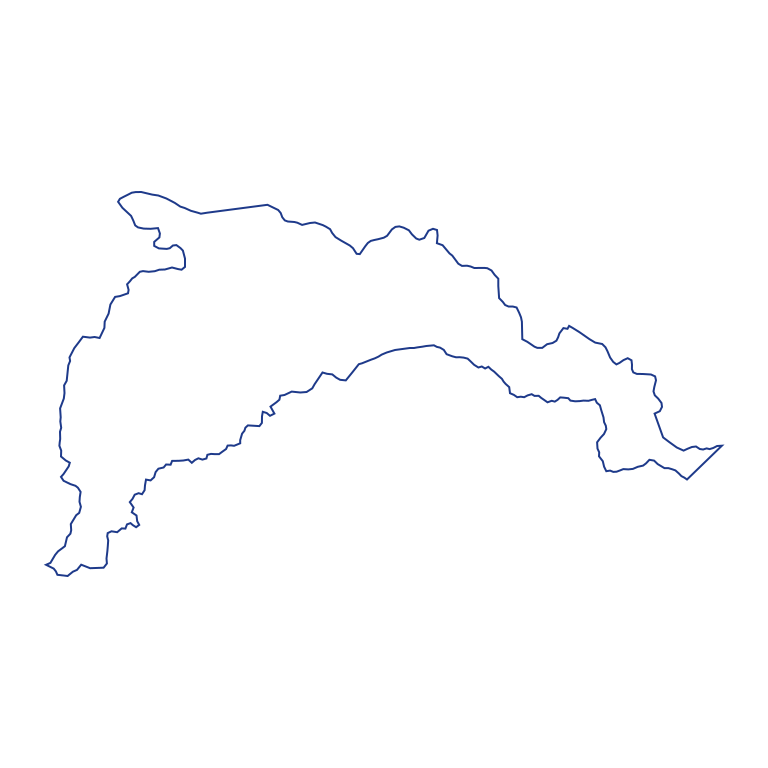 the district of São Pedro dos Crentes, Maranhão, Brazil
{"feature_id": "56859067B67019144330304", "entity_name": "São Pedro dos Crentes", "entity_type": "district", "adm_level": 2, "iso_a3": "BRA", "parent_name": "Brazil", "parent_adm1": "Maranhão", "projection": "orthographic", "projection_center": [-46.661, -6.85], "detail": "fine", "context": "isolated", "style": "outline", "palette": "blue", "viewbox_px": 768, "rotation_deg": 0, "n_neighbors": 0, "source": "geoboundaries", "source_scale": "gbopen_adm2", "svg_char_len": 5124}
<svg xmlns="http://www.w3.org/2000/svg" viewBox="0 0 768 768"><path d="M106.9,563.5L106.5,558.5L107.0,554.3L107.4,550.9L107.8,546.1L108.2,540.5L107.2,536.3L107.7,533.1L111.5,531.3L117.2,532.2L121.7,528.4L125.4,528.6L127.0,524.4L130.5,523.1L132.8,525.1L136.1,527.2L139.2,524.9L137.2,521.2L136.5,515.5L131.8,512.3L133.6,507.5L129.8,502.1L132.5,498.9L134.7,494.7L138.6,493.2L142.0,494.2L144.6,490.2L145.0,485.3L146.0,479.6L150.6,480.4L154.1,477.2L155.6,472.1L158.4,468.7L163.6,467.5L166.1,464.5L170.6,464.7L172.1,460.9L178.7,460.8L183.3,460.5L188.3,459.6L191.8,462.8L195.0,460.0L198.4,458.3L202.4,459.6L206.4,458.5L207.4,454.8L211.0,453.9L214.3,454.1L219.1,454.1L221.9,452.0L226.1,449.0L227.6,445.6L231.0,445.4L234.1,445.8L240.2,443.3L240.2,440.1L242.1,433.6L244.4,430.8L245.4,427.7L247.9,425.4L259.4,426.1L261.9,422.9L262.0,416.3L262.8,411.8L266.7,413.0L270.0,415.8L274.4,413.6L270.5,406.6L276.5,402.2L279.4,399.7L280.2,395.7L284.5,395.0L291.7,391.6L300.3,392.5L306.6,392.0L312.3,388.3L314.6,384.2L322.5,372.5L327.0,373.8L332.3,374.4L336.2,377.6L340.1,379.8L345.8,380.4L352.3,372.4L358.8,364.2L362.0,363.3L371.0,359.7L374.7,358.4L378.5,356.6L381.7,354.6L386.7,352.5L395.0,350.0L409.8,348.0L414.0,348.0L417.3,347.4L422.3,346.7L426.3,346.0L433.9,345.3L436.9,346.9L440.0,347.6L443.8,349.9L446.6,354.2L452.3,356.3L456.1,357.3L459.6,357.2L463.6,357.6L467.6,358.6L469.9,360.7L474.1,364.8L478.4,367.5L481.8,366.5L485.1,368.5L488.4,366.8L491.2,369.5L494.1,371.6L498.9,376.2L501.9,378.8L503.6,381.6L505.6,383.9L509.2,387.1L510.0,393.2L513.9,394.9L517.2,397.2L520.8,396.7L524.2,397.2L527.6,395.4L531.7,394.2L534.5,395.9L538.7,395.8L541.2,397.9L544.1,399.9L547.5,402.3L551.7,400.8L554.8,401.6L557.5,399.9L560.2,397.4L564.0,397.7L568.3,398.2L570.4,400.6L575.2,401.3L579.6,401.1L583.5,400.6L588.5,400.8L592.1,399.8L595.1,399.1L596.8,402.7L599.9,405.3L601.2,410.0L603.5,417.4L604.1,422.2L605.8,425.7L606.3,429.1L604.0,434.0L600.5,437.8L597.1,442.3L597.5,448.6L599.2,452.3L599.0,456.3L602.8,461.2L604.1,466.7L606.3,471.2L610.1,470.6L613.3,471.9L616.6,471.7L620.1,470.4L623.3,469.1L628.3,469.4L632.9,468.9L637.8,466.8L643.1,465.6L646.0,463.4L649.4,459.8L654.1,460.6L657.7,464.1L664.4,468.1L668.3,468.1L672.3,469.3L675.4,470.4L678.9,473.5L681.4,476.1L684.3,477.6L687.0,479.5L721.9,445.7L717.1,446.0L713.2,448.0L709.6,449.1L706.6,448.4L703.1,449.5L699.8,449.0L696.0,446.5L691.9,447.0L687.7,448.7L683.6,450.6L676.8,447.5L669.3,442.1L663.1,437.4L654.6,413.6L659.8,411.2L662.0,406.9L661.5,403.0L658.2,398.6L654.8,395.3L653.5,391.4L654.3,387.0L656.0,380.3L655.1,376.4L651.0,374.5L642.8,374.0L636.8,373.9L633.3,372.4L631.9,369.1L632.0,364.7L631.5,360.3L627.7,358.2L623.5,360.1L619.5,362.9L616.4,364.4L613.2,361.9L610.1,357.5L607.5,351.3L605.5,347.3L602.2,344.0L595.2,342.6L589.4,339.1L579.5,332.2L572.6,327.9L569.1,325.9L567.5,328.8L563.4,328.1L559.4,333.4L558.1,337.3L556.4,340.7L552.6,343.0L547.1,344.2L542.2,347.9L537.4,347.9L534.5,346.7L530.7,344.1L527.3,341.8L522.3,339.2L521.9,321.7L521.0,317.3L519.2,312.9L516.6,307.5L512.7,306.5L508.5,306.5L505.1,305.0L502.8,301.9L499.1,298.1L498.3,286.1L498.3,278.7L494.6,274.8L491.5,270.5L487.3,268.2L484.1,267.9L474.3,268.0L470.6,266.5L467.0,265.7L462.0,265.9L458.3,263.7L452.3,255.6L449.5,253.4L442.6,245.2L436.9,243.2L437.6,235.5L437.0,230.0L433.0,228.8L428.5,230.7L424.3,238.0L419.3,239.7L416.2,238.5L411.9,234.3L408.9,230.3L403.7,227.7L399.3,226.4L395.4,226.9L391.9,229.4L387.1,235.8L383.8,237.7L378.1,239.2L374.3,240.0L370.8,240.9L367.8,243.0L365.3,246.2L359.8,254.1L356.6,253.8L353.0,248.2L349.8,245.5L341.3,240.7L335.5,237.1L332.1,232.9L330.1,229.2L325.8,226.6L322.8,225.1L315.0,222.5L310.0,223.0L302.1,224.9L297.3,222.7L294.4,222.0L287.8,221.5L284.8,220.4L282.3,217.3L280.7,213.0L278.2,210.0L267.5,204.8L207.2,212.7L200.9,213.7L197.7,212.7L190.9,210.8L184.7,208.0L180.3,206.6L174.8,202.9L166.4,198.5L158.3,195.5L152.2,194.6L141.2,192.0L135.5,192.1L131.8,192.7L128.5,194.4L123.7,196.8L119.9,198.8L118.1,201.8L122.4,207.8L131.1,215.9L133.3,220.6L135.2,225.4L138.0,227.4L143.7,228.6L150.7,228.8L158.0,228.1L159.9,233.5L159.4,237.4L154.2,241.9L154.2,245.9L158.9,248.4L166.8,248.9L169.8,248.2L172.9,245.5L176.4,245.1L180.5,248.1L182.9,250.6L185.0,258.6L185.0,266.9L181.6,269.7L178.2,269.1L172.0,267.5L164.9,269.5L159.3,269.7L154.8,271.2L148.7,271.8L143.0,271.1L139.8,271.8L134.8,276.9L132.2,278.4L129.9,281.3L127.1,284.3L128.6,289.9L128.0,293.3L119.9,296.1L115.1,296.9L110.4,304.5L108.6,313.6L104.7,321.6L104.4,327.9L99.6,338.0L94.6,337.0L90.0,337.6L82.9,336.7L78.9,342.1L74.3,348.1L69.5,357.4L70.1,361.0L68.3,365.4L66.7,380.8L64.1,385.4L64.5,393.1L63.8,398.6L60.1,408.4L60.7,417.3L60.3,421.4L61.2,427.8L60.0,431.7L60.2,439.0L59.7,442.4L59.4,445.8L61.2,450.6L61.0,456.5L65.8,460.5L69.8,462.7L68.7,466.4L63.5,474.1L61.0,476.9L63.6,480.8L70.4,484.1L75.5,485.8L77.9,487.7L80.6,491.9L79.8,497.1L79.5,501.8L80.9,506.8L79.2,512.9L76.2,515.2L70.8,524.1L71.2,530.2L70.4,533.7L67.0,537.3L64.9,546.2L58.1,551.3L55.2,554.8L50.4,562.9L46.1,564.8L53.7,568.6L55.9,571.4L57.4,574.8L67.6,576.0L72.9,571.7L77.0,569.9L81.2,564.7L90.1,568.2L103.6,567.7L106.9,563.5Z" fill="none" stroke="#1e3a8a" stroke-width="2"/></svg>